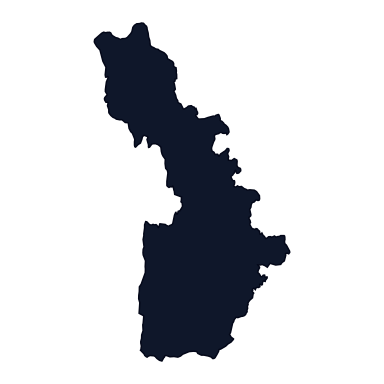 Isandra, Haute Matsiatra, Madagascar (Equal Earth projection)
{"feature_id": "10022922B29889196912325", "entity_name": "Isandra", "entity_type": "district", "adm_level": 2, "iso_a3": "MDG", "parent_name": "Madagascar", "parent_adm1": "Haute Matsiatra", "projection": "equal_earth", "projection_center": [46.965, -21.25], "detail": "fine", "context": "isolated", "style": "filled", "palette": "ink", "viewbox_px": 384, "rotation_deg": 0, "n_neighbors": 0, "source": "geoboundaries", "source_scale": "gbopen_adm2", "svg_char_len": 6047}
<svg xmlns="http://www.w3.org/2000/svg" viewBox="0 0 384 384"><path d="M267.0,276.9L265.1,277.3L264.6,275.1L263.2,275.2L262.1,276.7L260.9,276.7L259.3,273.9L258.0,272.7L257.8,272.2L258.3,270.1L259.5,267.9L259.5,267.2L257.9,264.9L260.6,264.9L262.2,264.5L265.1,265.7L267.3,267.2L270.0,263.3L275.7,265.0L280.7,264.4L282.0,262.5L284.3,260.9L285.7,255.5L285.6,253.6L287.0,253.1L288.7,253.8L289.7,252.5L289.6,251.2L286.4,245.2L284.7,243.5L284.5,240.9L284.9,239.8L284.8,237.2L284.6,236.1L284.1,235.6L280.7,235.6L279.5,236.4L277.2,236.7L276.0,237.2L274.5,236.0L271.5,237.4L270.9,236.7L269.4,236.7L268.5,236.8L267.5,237.8L265.9,238.6L265.3,238.0L264.3,236.3L263.2,235.6L261.9,233.0L260.7,234.3L259.9,234.1L259.5,231.2L257.7,229.6L257.4,229.0L256.0,228.6L255.4,229.3L254.8,229.5L254.2,229.1L252.2,228.7L250.9,226.7L249.8,224.5L249.9,223.3L250.5,222.6L250.1,220.7L248.8,218.2L249.3,217.1L250.6,216.0L250.9,214.9L249.7,209.4L250.9,207.2L251.2,204.7L252.2,202.6L254.3,201.9L255.7,200.2L257.0,200.0L258.0,200.5L259.2,200.1L259.6,198.9L259.4,195.6L256.5,191.6L254.3,190.2L249.7,189.8L247.4,190.2L246.2,189.4L244.1,188.6L241.5,186.5L239.0,186.8L237.5,185.9L235.7,187.1L234.1,186.6L233.8,185.4L234.5,184.0L234.7,182.2L234.5,181.0L234.3,180.7L233.2,180.8L232.3,179.9L231.1,177.3L231.0,176.4L232.8,174.9L233.3,173.9L234.2,173.0L234.9,170.9L235.4,170.4L236.0,170.9L236.2,172.3L236.9,173.3L237.5,173.3L238.7,173.0L240.7,170.9L240.7,169.8L240.5,168.8L240.0,168.2L238.2,167.6L237.1,166.1L236.9,164.8L237.1,161.1L236.8,160.0L234.2,158.6L231.7,160.5L228.5,160.2L228.2,158.9L228.6,156.7L227.6,153.9L228.1,152.3L229.0,150.8L228.8,149.0L228.3,148.6L227.2,148.5L225.4,150.7L220.6,153.9L219.2,156.0L218.6,155.9L217.8,154.4L217.2,154.2L215.1,154.5L214.0,152.3L212.1,151.1L211.5,148.9L211.7,147.1L213.5,141.9L214.6,139.8L214.8,138.7L214.4,136.5L214.6,135.2L215.5,134.4L218.9,133.5L219.4,132.8L220.1,132.5L221.9,132.6L222.5,133.2L224.1,133.4L226.1,133.0L226.9,134.6L227.9,133.8L229.0,132.0L228.4,128.7L227.7,127.2L225.8,125.2L224.1,124.1L223.8,123.3L222.0,121.4L221.0,121.0L220.2,120.2L220.2,118.3L218.9,114.9L218.3,114.5L215.9,115.3L215.1,116.2L213.2,116.1L208.0,117.5L204.4,118.8L198.9,119.1L198.2,118.9L195.6,115.6L195.9,114.7L197.0,114.6L197.6,113.5L197.5,112.1L196.9,111.3L196.0,108.3L195.3,108.3L194.9,108.8L194.1,107.1L192.5,106.7L191.6,105.8L191.1,105.7L188.4,106.1L186.9,107.5L184.4,108.9L183.9,109.1L183.2,108.8L180.8,104.0L178.3,102.8L177.9,102.1L177.7,100.6L176.3,98.4L175.6,95.1L173.9,91.3L173.8,90.6L174.6,90.2L175.3,89.2L174.4,84.2L173.7,82.1L175.0,81.0L175.1,79.1L176.7,78.6L176.6,74.2L176.2,72.9L176.4,71.0L176.0,67.7L174.6,67.2L173.7,66.3L173.6,63.3L172.6,61.6L167.5,58.7L167.0,56.0L165.7,54.3L164.0,52.7L159.4,50.5L158.2,49.4L155.6,48.9L154.0,47.8L151.8,46.8L150.6,45.8L150.2,45.0L149.7,40.4L148.6,37.1L148.1,32.9L147.0,28.8L147.1,28.1L146.4,26.1L145.7,25.8L143.5,23.3L141.5,23.0L139.6,23.6L136.7,23.8L134.4,25.3L132.9,27.3L131.9,31.7L130.7,33.7L127.3,37.5L125.4,38.5L122.1,38.7L120.7,39.4L119.8,39.2L117.8,38.1L115.8,37.7L113.0,36.0L111.7,34.9L110.7,32.9L109.6,32.3L106.9,32.4L106.1,32.8L103.6,32.2L101.7,33.2L94.7,39.4L94.3,41.4L94.5,42.6L96.7,46.3L100.0,50.0L102.9,61.2L106.0,67.3L105.2,74.9L105.6,77.1L106.7,77.1L107.4,76.5L108.1,76.8L108.3,77.4L106.4,81.9L105.4,89.5L105.4,91.6L107.1,94.4L107.0,95.0L105.0,97.3L104.5,98.3L104.5,99.2L104.7,100.1L105.9,102.2L107.6,102.3L108.1,102.8L107.5,105.8L108.8,109.5L108.8,112.2L109.1,113.2L110.9,115.5L113.0,117.3L114.9,118.1L116.3,119.1L119.9,119.8L121.4,119.6L122.6,120.2L125.2,122.5L127.9,122.7L128.3,123.2L129.1,128.5L130.8,131.7L132.4,133.2L134.5,138.5L134.8,139.7L134.5,141.8L134.5,145.2L134.8,146.7L135.6,147.1L138.0,144.6L140.4,143.1L141.8,139.4L142.4,136.9L143.6,135.5L144.4,135.4L147.1,136.4L148.0,137.3L147.0,139.5L148.6,145.2L148.4,146.0L148.6,147.4L149.5,147.2L151.8,144.1L153.4,143.7L155.6,143.7L158.2,144.7L160.0,146.2L160.9,147.2L161.4,151.6L162.1,154.2L163.1,156.2L165.3,159.2L165.1,163.5L165.7,168.4L167.4,170.4L167.9,173.0L166.9,181.2L166.9,185.5L167.5,186.4L169.0,187.4L170.5,186.7L171.9,186.9L172.6,186.2L173.1,186.4L173.9,190.1L174.3,191.1L174.7,194.4L181.5,196.9L181.3,200.6L181.0,201.4L181.1,202.0L182.0,202.7L182.2,203.3L182.5,206.0L182.2,207.1L180.0,210.7L178.2,211.3L177.8,213.0L177.2,214.1L176.7,214.0L175.9,212.4L175.5,212.8L174.5,215.1L172.9,223.0L172.2,224.5L169.6,225.6L169.3,226.1L168.4,226.2L166.7,225.6L165.3,224.5L159.9,223.8L158.6,227.5L158.3,227.6L156.9,225.3L156.0,224.6L154.5,224.9L153.0,224.4L151.4,225.1L149.6,224.7L146.8,221.8L145.7,221.6L144.6,224.8L144.6,228.0L143.8,233.9L143.9,235.4L143.1,239.5L144.1,247.0L143.2,249.2L143.0,252.7L143.2,254.9L145.5,260.8L145.2,266.6L145.4,269.0L145.3,272.7L141.2,284.2L139.4,286.8L139.3,291.5L138.8,295.3L138.7,298.8L139.8,302.7L139.1,313.3L143.6,315.7L143.7,316.9L143.2,323.2L142.8,324.8L143.1,330.7L141.7,335.0L141.6,338.4L140.8,341.5L140.8,343.1L141.4,346.1L140.9,349.7L140.5,350.2L144.0,353.8L144.8,355.5L146.5,356.9L147.2,357.1L148.2,356.2L150.2,355.5L153.9,355.8L155.1,356.4L157.0,358.5L159.5,360.3L161.9,361.0L164.1,357.1L164.4,357.1L165.0,355.7L165.4,355.5L166.7,355.6L169.9,356.8L174.0,356.5L177.9,357.1L180.6,356.0L182.7,354.2L189.1,351.6L193.5,351.2L196.7,351.5L197.8,353.4L201.3,355.1L203.8,355.1L208.3,356.0L210.9,356.9L212.9,358.6L214.0,358.4L215.0,357.7L216.9,354.5L218.5,351.5L218.9,349.6L220.8,349.0L225.7,346.1L228.0,343.9L231.0,342.1L233.4,339.4L233.5,338.9L231.2,337.2L229.5,334.4L230.5,332.6L232.6,323.2L233.6,321.7L234.2,319.7L236.0,317.3L237.9,317.6L241.2,316.4L242.8,316.2L244.3,315.6L245.6,314.5L246.0,313.3L247.1,311.8L247.0,310.0L247.6,308.6L247.4,306.0L248.1,304.6L247.9,303.3L248.6,301.8L249.9,300.1L252.5,297.8L253.0,294.2L253.7,293.1L252.1,291.3L252.3,290.4L252.8,290.1L252.5,289.2L253.5,288.3L254.1,288.3L255.3,289.6L256.0,287.8L257.6,287.3L258.5,287.5L259.8,286.8L259.9,286.4L259.6,284.4L259.9,284.2L260.1,284.7L260.9,284.5L261.8,285.0L262.4,284.4L262.4,282.8L263.1,281.3L263.4,281.0L265.2,281.4L265.4,279.9L265.8,279.8L267.2,277.9L267.0,276.9Z" fill="#0f172a" stroke="#020617" stroke-width="1.5"/></svg>